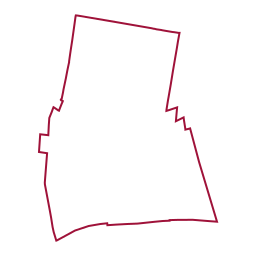 Rast, Dolj, Romania (Natural Earth projection)
{"feature_id": "2599482B92282962106723", "entity_name": "Rast", "entity_type": "district", "adm_level": 2, "iso_a3": "ROU", "parent_name": "Romania", "parent_adm1": "Dolj", "projection": "natural_earth1", "projection_center": [23.283, 43.898], "detail": "fine", "context": "isolated", "style": "outline", "palette": "rose", "viewbox_px": 256, "rotation_deg": 0, "n_neighbors": 0, "source": "geoboundaries", "source_scale": "gbopen_adm2", "svg_char_len": 1377}
<svg xmlns="http://www.w3.org/2000/svg" viewBox="0 0 256 256"><path d="M179.5,32.9L179.3,32.9L178.9,32.9L178.5,32.9L178.3,32.9L177.5,32.7L174.3,32.2L172.5,32.0L164.8,30.7L162.0,30.2L161.3,30.0L158.5,29.6L157.0,29.4L156.4,29.3L156.1,29.2L155.2,29.0L154.7,28.8L154.0,28.8L151.4,28.2L135.2,25.4L116.1,22.1L77.8,15.6L76.0,15.4L75.8,15.4L75.5,16.8L74.5,24.1L72.2,40.5L70.9,48.9L70.4,52.3L70.3,52.9L69.1,61.4L69.1,62.4L68.9,63.1L68.0,67.3L67.3,70.7L65.8,78.6L63.5,89.5L63.0,92.5L61.6,99.2L61.1,99.3L60.9,99.4L60.8,99.6L60.8,99.8L61.1,100.1L61.2,100.3L62.1,100.8L62.8,101.1L62.6,101.7L61.7,103.7L59.8,108.5L59.0,110.7L58.1,110.3L57.0,109.5L54.2,107.6L53.7,107.3L53.5,107.2L52.6,109.5L51.8,111.8L49.4,117.7L49.3,118.1L48.8,125.1L48.3,135.2L47.6,135.1L40.2,134.3L39.0,152.0L47.1,153.2L46.6,159.5L44.8,182.6L44.9,184.4L49.7,209.9L51.1,217.6L52.6,227.1L53.7,232.1L56.3,240.6L57.1,240.3L59.3,239.1L75.1,230.5L88.7,226.0L100.4,224.0L107.2,223.3L107.4,225.2L116.2,224.6L127.3,224.0L137.5,223.6L154.4,221.8L162.8,221.0L169.6,220.7L169.6,220.1L177.0,219.9L192.7,219.8L208.9,221.1L217.0,221.7L199.1,162.1L190.1,128.4L189.2,128.7L185.4,129.6L185.4,129.3L183.9,119.8L183.6,117.4L179.2,119.6L175.9,121.2L176.6,113.0L177.1,107.4L169.3,110.0L166.4,110.9L166.5,109.6L168.0,100.2L168.6,96.9L170.7,84.8L172.9,71.2L176.7,49.1L178.0,41.1L179.5,32.9Z" fill="none" stroke="#9f1239" stroke-width="2"/></svg>